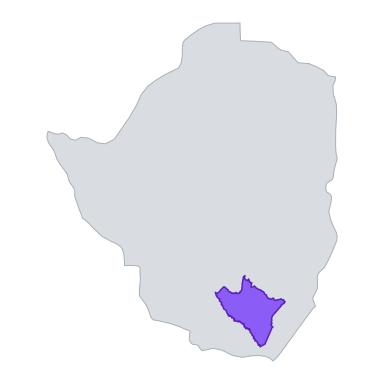 Mwenezi, Masvingo, Zimbabwe shown in context
{"feature_id": "62879985B12430304395671", "entity_name": "Mwenezi", "entity_type": "district", "adm_level": 2, "iso_a3": "ZWE", "parent_name": "Zimbabwe", "parent_adm1": "Masvingo", "projection": "equal_earth", "projection_center": [30.689, -21.398], "detail": "fine", "context": "in_parent", "style": "filled", "palette": "violet", "viewbox_px": 384, "rotation_deg": 0, "n_neighbors": 0, "source": "geoboundaries", "source_scale": "gbopen_adm2", "svg_char_len": 7699}
<svg xmlns="http://www.w3.org/2000/svg" viewBox="0 0 384 384"><path d="M273.1,361.0L269.7,358.1L265.2,356.3L259.4,355.5L251.8,355.8L242.6,357.3L232.6,355.5L222.0,350.2L213.2,348.3L202.6,350.6L202.2,350.7L200.3,348.9L197.5,345.0L192.6,344.3L191.3,343.4L190.3,342.0L189.5,340.1L189.3,338.1L190.0,331.7L189.6,331.0L188.3,330.3L185.7,329.5L179.3,326.6L171.3,323.8L158.4,320.7L153.3,319.9L152.2,319.0L150.7,316.6L148.2,309.3L145.8,304.5L140.2,297.0L139.3,294.7L139.5,288.7L139.9,284.0L140.4,279.9L140.1,276.1L140.0,271.3L140.2,268.2L139.4,266.8L137.4,265.8L131.6,265.4L124.6,265.6L124.4,260.7L123.7,253.3L122.3,249.0L120.7,246.8L117.5,244.4L110.9,241.2L102.0,236.4L94.4,229.2L85.6,220.2L82.9,218.7L79.6,210.3L74.6,195.9L74.9,191.1L74.1,188.7L69.3,181.6L68.2,178.0L67.3,174.2L59.7,163.8L57.0,159.3L55.0,153.5L53.0,148.8L51.3,146.9L49.1,143.8L47.6,140.1L46.9,137.4L47.4,133.8L48.1,131.3L55.4,133.9L59.3,134.1L62.4,132.9L66.2,134.6L70.8,139.3L75.8,140.2L81.1,137.3L88.3,138.1L97.5,142.8L105.1,143.8L114.0,139.6L122.0,128.1L129.5,117.2L136.8,104.6L141.2,94.5L147.8,86.2L156.4,79.9L165.2,74.5L178.7,67.9L181.4,62.4L182.3,56.5L182.3,48.2L183.0,42.9L184.4,40.4L186.6,38.5L189.5,36.1L198.4,29.8L205.9,25.8L215.0,23.1L224.9,23.1L234.5,23.1L240.0,23.0L240.1,31.0L240.5,40.0L241.6,40.8L248.8,41.0L260.4,41.6L271.5,42.3L278.7,48.7L281.1,50.1L288.5,51.9L297.9,62.7L309.3,63.7L317.1,67.1L324.0,70.8L327.9,75.2L330.5,76.2L334.0,76.6L335.6,77.0L335.3,80.2L332.9,85.6L333.2,93.3L336.3,104.1L336.7,113.4L335.7,129.9L335.6,145.9L335.9,151.5L336.4,155.3L337.1,157.4L337.0,159.7L335.0,166.4L333.5,173.4L333.4,176.2L332.8,178.2L331.7,180.0L326.8,183.2L325.9,185.2L325.9,188.8L326.5,191.9L328.4,193.0L330.6,194.7L331.5,197.0L331.4,199.4L330.7,203.9L328.7,211.2L330.6,219.7L332.8,225.2L335.9,231.5L337.1,235.4L337.0,238.2L336.6,241.0L331.9,252.5L328.6,259.7L324.5,267.4L319.2,272.3L317.8,274.6L317.3,277.2L317.5,283.0L317.2,289.0L312.6,298.3L315.4,306.2L314.7,307.0L313.2,308.1L306.7,317.1L300.0,326.1L295.2,332.7L289.7,340.3L283.6,348.7L278.3,355.9L273.1,361.0Z" fill="#d9dde1" stroke="#a8b0b8" stroke-width="1"/><path d="M260.4,346.7L260.6,346.4L261.0,346.1L261.6,345.9L262.0,345.5L262.5,345.5L264.9,344.1L271.6,328.7L271.7,328.3L272.0,327.7L272.8,327.1L272.4,326.9L272.2,326.7L271.7,325.8L271.6,325.6L271.0,325.2L271.0,324.7L271.3,324.5L271.4,324.2L271.8,323.9L271.9,323.6L271.9,323.3L271.7,323.3L271.6,323.1L271.3,322.6L271.5,321.2L271.7,320.9L271.8,320.6L271.8,320.3L271.8,320.2L271.8,319.6L271.6,319.3L271.5,318.7L271.7,318.1L272.2,316.5L272.4,316.2L272.4,315.9L279.9,307.3L281.1,305.9L281.3,305.7L281.3,305.0L281.5,304.7L281.9,304.7L282.1,304.4L282.5,304.2L282.8,304.1L283.1,303.9L283.4,303.6L283.8,303.5L284.1,303.3L284.1,303.2L284.3,303.1L284.4,302.5L284.4,302.3L284.5,302.0L284.8,302.1L285.0,301.9L284.7,301.6L284.6,301.4L284.4,301.2L284.2,301.1L284.0,300.8L283.9,300.6L283.8,300.3L283.8,300.0L283.7,299.9L282.9,300.1L282.5,300.1L281.6,299.1L280.9,298.9L280.3,299.3L276.5,300.0L275.6,300.3L274.5,300.4L274.1,299.9L274.0,299.0L273.6,298.4L273.0,298.2L272.4,298.2L272.1,298.9L271.3,299.1L270.3,298.9L270.1,298.8L269.6,298.5L269.2,298.5L268.6,298.6L268.3,298.5L267.9,297.8L267.7,297.6L267.4,297.4L267.2,297.2L267.0,296.6L266.6,296.1L266.6,295.3L266.5,295.1L266.4,295.0L266.1,294.9L265.6,294.6L264.8,294.2L264.7,293.8L264.4,293.5L264.1,292.6L264.0,292.4L263.7,292.4L263.5,292.2L263.0,291.5L262.7,291.2L262.3,291.1L261.9,291.4L261.2,290.4L260.6,289.9L259.8,289.8L259.1,289.4L257.8,289.1L257.5,288.9L257.2,288.5L256.8,288.4L256.6,288.1L256.0,287.9L255.6,287.8L255.5,287.6L255.6,287.3L255.6,287.2L254.4,286.0L253.8,286.3L253.4,286.6L253.0,286.9L252.8,287.1L251.8,287.2L251.6,287.1L251.2,287.0L251.1,286.9L251.0,286.3L251.2,286.0L251.4,284.9L251.6,283.4L251.7,283.0L251.7,282.8L250.6,283.0L250.5,282.5L250.3,282.1L250.1,282.0L249.7,282.0L249.5,281.9L249.4,281.2L249.3,280.9L249.0,280.9L248.9,280.8L248.7,280.4L249.0,280.1L248.9,279.7L248.7,279.2L247.9,279.9L247.5,280.5L247.4,280.4L246.7,280.3L246.2,280.1L245.9,279.8L245.6,279.4L244.8,279.0L244.6,278.6L244.5,277.9L244.5,277.5L244.8,276.8L244.9,276.3L244.9,275.8L244.7,275.7L244.4,276.2L243.9,276.4L243.5,276.8L243.3,277.3L243.2,278.6L243.3,279.0L243.0,279.4L242.9,280.0L242.7,281.1L242.3,283.1L242.2,285.0L242.3,285.7L242.1,286.2L242.1,287.0L241.9,287.7L241.9,288.5L242.0,289.6L241.0,290.8L240.7,291.5L240.4,291.5L240.4,291.8L240.2,291.8L240.2,292.0L240.1,292.5L239.6,292.4L239.5,292.5L239.3,292.8L239.0,293.2L238.7,293.4L238.7,293.5L238.2,293.6L237.2,293.0L236.9,293.0L236.6,293.3L236.2,292.8L235.9,292.5L234.9,293.0L234.8,293.5L234.0,293.3L233.5,293.1L233.3,293.1L232.7,293.4L232.1,292.9L231.9,293.0L231.6,293.2L230.9,292.6L230.8,292.3L230.4,291.9L230.1,291.8L229.5,291.8L228.2,291.0L228.1,290.9L228.0,290.2L228.0,289.8L227.7,289.5L227.3,289.5L225.9,288.1L225.2,287.4L225.0,287.1L224.5,287.0L223.8,287.3L223.5,287.1L223.4,287.3L222.8,287.7L221.9,288.8L221.1,289.4L219.8,291.1L219.6,291.2L219.0,292.1L217.5,293.1L216.9,293.1L215.5,292.6L215.6,293.0L215.7,293.6L216.2,295.1L216.2,295.3L216.3,295.5L216.3,295.8L216.5,296.0L216.8,295.9L216.8,296.4L217.0,296.6L217.0,296.8L217.2,297.0L217.3,297.1L217.6,297.4L217.8,297.8L218.2,298.2L218.3,298.2L218.4,298.4L218.6,298.4L218.7,298.5L218.9,298.5L219.4,298.9L219.6,298.9L219.6,299.0L219.7,299.4L219.4,299.5L219.3,300.1L219.5,300.4L219.7,300.8L219.8,300.8L219.9,301.1L219.9,301.5L220.0,301.6L220.3,301.7L220.9,301.9L221.0,301.9L221.1,302.1L221.3,302.3L221.4,302.5L221.6,302.7L221.6,302.9L221.3,303.0L221.4,303.7L221.5,304.0L221.3,304.6L221.5,304.9L221.9,304.8L222.1,304.9L222.5,305.2L222.5,306.1L222.6,306.3L223.2,306.8L223.6,308.8L223.8,309.0L225.5,309.9L225.8,310.4L226.2,310.7L226.5,311.7L226.5,311.9L226.8,312.0L227.0,312.5L227.1,313.3L227.2,313.5L227.6,313.7L228.1,314.3L228.1,314.9L228.2,315.3L228.6,315.3L228.8,315.1L229.0,315.1L229.6,315.5L229.1,315.9L229.1,316.1L229.1,316.3L230.2,316.1L230.5,316.2L230.8,316.5L231.7,316.3L231.8,316.5L231.7,317.1L231.8,317.6L231.9,317.9L232.1,317.9L232.4,317.7L232.7,317.7L233.3,318.2L233.4,318.4L233.5,318.9L233.6,319.0L234.1,318.5L234.3,318.6L234.5,318.9L234.5,319.5L234.4,320.1L234.0,320.6L234.1,320.8L234.2,321.0L235.3,320.8L235.7,321.1L236.5,321.0L236.9,321.3L237.7,321.3L237.8,321.4L238.1,321.8L238.3,321.6L238.7,321.0L238.9,321.0L239.3,321.3L239.6,321.8L239.9,321.8L240.2,321.7L240.2,321.8L240.4,322.3L240.6,322.5L241.3,322.8L241.9,322.8L242.0,323.0L242.0,323.6L242.2,323.9L242.6,323.8L242.9,323.8L243.1,324.0L243.2,324.3L243.4,324.4L243.5,324.4L243.7,324.1L244.2,324.1L244.3,324.4L244.3,324.9L244.2,325.1L244.0,325.3L244.0,325.6L244.1,325.8L244.0,326.3L244.0,326.5L244.4,326.8L244.7,326.8L244.8,326.9L244.9,327.2L245.3,327.2L245.3,327.6L245.6,328.0L245.5,328.4L245.7,328.6L246.0,328.5L246.2,328.1L246.2,327.8L246.3,327.7L246.7,328.1L246.9,328.0L247.1,328.0L247.3,328.4L247.3,328.8L247.6,328.8L247.7,328.4L248.0,328.5L248.4,329.4L248.9,329.2L249.2,328.7L249.4,328.6L249.5,328.6L249.6,328.8L249.1,329.4L249.0,329.6L249.0,329.8L249.3,329.9L249.7,330.3L249.9,330.2L250.1,330.3L250.2,330.7L250.3,331.0L250.1,331.6L250.2,331.8L250.4,331.9L250.5,332.0L250.3,332.3L250.3,332.6L250.8,332.7L251.2,333.1L251.5,333.5L251.8,333.7L252.0,333.9L251.9,334.1L251.9,334.7L252.0,334.9L252.4,334.8L252.5,334.9L252.4,335.6L252.8,335.7L253.3,336.3L253.6,336.4L253.7,336.5L253.6,336.8L254.0,337.1L254.0,337.3L253.8,337.4L253.5,337.6L253.4,337.7L253.5,338.2L253.7,338.6L253.9,338.8L254.1,338.9L254.5,339.3L255.0,339.3L255.4,339.6L255.4,339.8L255.1,339.9L255.0,340.1L255.0,340.4L255.2,340.7L255.2,340.9L255.2,341.0L256.3,341.0L257.2,341.9L257.3,342.8L257.8,343.1L258.3,345.1L258.8,345.2L259.4,344.7L259.8,344.7L260.1,345.3L259.9,346.3L260.4,346.7Z" fill="#8b5cf6" stroke="#5b21b6" stroke-width="1.5"/></svg>